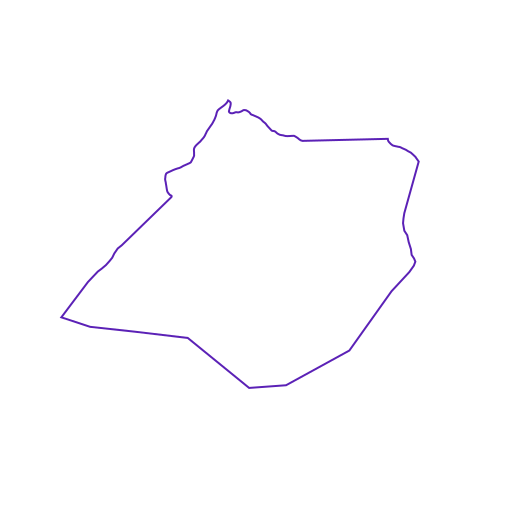 Santa Lucia, Francisco Morazán, Honduras, rotated 227°
{"feature_id": "27666195B58255966540050", "entity_name": "Santa Lucia", "entity_type": "district", "adm_level": 2, "iso_a3": "HND", "parent_name": "Honduras", "parent_adm1": "Francisco Morazán", "projection": "robinson", "projection_center": [-87.068, 14.129], "detail": "fine", "context": "isolated", "style": "outline", "palette": "violet", "viewbox_px": 512, "rotation_deg": 227, "n_neighbors": 0, "source": "geoboundaries", "source_scale": "gbopen_adm2", "svg_char_len": 5696}
<svg xmlns="http://www.w3.org/2000/svg" viewBox="0 0 512 512"><g transform="rotate(227 256 256)"><path d="M388.8,341.7L388.6,341.2L388.4,340.7L388.3,340.1L388.1,339.7L388.1,339.4L388.0,339.1L388.0,338.8L388.0,338.6L387.9,337.4L387.9,335.5L388.0,335.1L388.0,334.5L388.1,333.7L388.3,332.1L388.4,331.2L388.5,330.1L388.6,329.6L388.6,328.7L388.6,328.2L388.6,327.9L388.6,327.7L388.6,327.4L388.5,327.2L388.4,326.9L388.4,326.7L388.3,326.4L387.9,325.6L387.8,325.4L387.5,324.8L387.2,324.4L386.9,323.9L386.6,323.5L386.3,323.0L386.1,322.7L385.9,322.4L385.8,322.2L385.6,321.8L385.3,321.2L385.1,320.7L384.8,320.2L384.4,319.2L384.2,318.8L383.8,317.8L383.7,317.3L383.5,316.8L383.0,315.4L382.6,314.0L382.4,313.4L382.4,313.0L380.8,305.6L380.7,305.1L380.6,304.9L380.5,304.7L380.4,304.4L380.2,304.0L379.9,303.3L379.8,302.9L379.6,302.4L379.1,301.2L378.7,300.1L378.7,299.9L378.6,299.5L378.5,299.3L378.4,298.8L378.2,297.4L378.1,296.2L378.0,295.2L377.8,293.8L377.8,293.2L377.7,292.8L377.8,292.5L377.8,291.4L377.8,290.9L377.8,290.3L377.8,289.4L377.8,288.5L377.8,288.0L377.7,287.4L377.7,286.8L377.6,286.4L377.5,286.0L377.4,285.6L377.4,285.4L377.3,285.1L377.2,284.8L377.0,284.5L376.9,284.2L376.6,283.7L376.4,283.5L376.2,283.2L375.6,282.7L375.2,282.3L374.3,281.6L373.7,281.1L373.0,280.4L372.2,279.7L371.9,279.5L371.7,279.2L371.4,278.8L371.0,278.0L370.7,277.1L370.3,276.1L370.1,275.5L369.7,274.4L369.5,273.8L369.3,273.2L369.1,272.6L369.0,272.3L369.0,272.1L369.0,271.9L369.1,271.3L369.2,271.1L369.3,270.8L369.5,269.9L369.8,269.2L370.1,268.2L370.5,267.1L371.1,265.3L371.4,264.6L371.5,264.1L371.7,263.3L371.8,262.8L372.0,262.2L372.0,261.8L372.2,261.3L372.3,261.0L372.4,260.7L372.6,260.1L372.9,259.5L373.4,258.6L373.7,258.0L373.9,257.5L374.5,256.2L375.0,254.9L375.3,254.2L376.1,251.7L377.0,249.0L377.2,248.5L377.3,248.1L377.4,247.7L377.5,247.2L377.5,246.9L377.5,246.7L377.4,246.3L377.4,246.2L377.1,245.7L377.0,245.4L376.8,245.1L376.6,244.8L376.3,244.4L376.0,244.0L375.3,243.3L375.0,242.9L374.7,242.5L374.2,242.0L373.9,241.7L373.6,241.5L373.3,241.3L372.5,240.8L371.4,240.2L370.9,239.8L368.3,238.1L367.3,237.4L365.8,236.4L365.5,236.2L364.8,235.8L364.4,235.5L364.0,235.3L363.7,235.2L363.2,235.0L362.8,234.9L362.2,234.8L361.6,234.8L361.3,234.7L360.9,234.7L360.3,234.7L359.6,234.7L359.4,234.7L359.1,234.8L358.8,234.9L358.6,235.0L358.4,235.1L358.2,235.1L357.9,235.2L357.6,235.2L357.4,235.2L357.2,235.0L357.1,234.9L357.0,234.7L356.9,234.6L356.8,234.3L355.4,165.2L355.8,160.0L354.5,154.1L352.8,149.7L352.2,145.6L351.7,140.0L352.0,134.3L352.5,129.7L351.6,115.4L343.9,71.8L317.3,86.4L283.7,115.4L242.6,150.2L164.2,161.0L141.0,189.8L123.2,259.8L137.8,331.1L139.7,357.2L141.3,364.9L143.2,368.7L146.4,369.9L150.7,370.6L155.4,374.0L162.1,377.2L168.1,380.8L173.3,381.7L179.7,385.9L182.9,389.5L186.2,393.7L214.1,439.4L219.3,440.1L219.5,440.2L219.9,440.2L221.5,440.1L223.1,440.0L224.2,439.9L225.2,439.8L225.6,439.8L226.1,439.7L227.5,439.2L228.1,439.0L228.9,438.7L229.7,438.5L230.9,438.2L231.6,438.0L232.0,437.8L232.3,437.7L233.2,437.3L233.7,437.1L234.2,436.9L234.5,436.7L235.3,436.4L236.5,436.0L236.7,435.9L237.0,435.8L237.2,435.7L237.4,435.6L237.8,435.4L238.9,434.5L239.5,434.1L240.1,433.7L241.2,432.9L242.3,432.2L242.7,431.9L243.3,431.6L243.5,431.5L243.7,431.4L244.0,431.3L244.9,431.2L245.3,431.1L246.1,431.0L246.9,431.0L247.5,431.0L247.9,431.0L248.9,431.0L249.5,431.1L249.9,431.2L250.2,431.3L250.4,431.4L250.9,431.7L251.1,431.8L251.5,432.1L251.8,432.3L308.6,368.4L308.9,368.3L309.3,368.1L309.5,367.9L309.9,367.7L310.5,367.5L310.9,367.4L311.3,367.3L312.5,367.1L313.1,367.1L313.5,367.0L314.6,366.8L316.1,366.4L316.8,366.2L317.6,365.9L317.9,365.8L318.0,365.7L318.3,365.4L319.1,364.5L319.6,363.9L320.9,362.3L321.5,361.6L322.0,361.0L322.5,360.5L322.6,360.4L322.8,360.2L323.0,360.0L323.4,359.6L323.7,359.4L324.9,358.6L325.8,358.1L326.6,357.4L327.7,356.6L328.0,356.4L328.4,356.1L328.6,356.0L328.9,355.9L329.8,355.6L330.3,355.4L331.1,355.2L331.6,355.1L331.9,355.1L332.2,355.1L332.8,355.0L333.4,355.0L333.9,354.9L334.0,354.9L334.4,354.7L334.8,354.6L335.0,354.4L335.4,354.1L335.5,354.0L335.7,353.9L335.9,353.7L336.0,353.6L336.2,353.4L336.5,353.2L336.9,353.1L337.1,353.0L337.4,353.0L338.9,353.0L340.7,353.0L342.8,353.0L343.4,353.0L343.7,353.1L344.1,353.1L345.3,353.2L345.8,353.3L346.5,353.3L346.9,353.3L347.2,353.2L347.7,353.2L348.3,353.1L348.7,353.0L349.5,352.9L349.9,352.9L350.7,352.9L351.8,352.9L352.4,352.9L353.1,352.8L353.7,352.7L354.1,352.6L354.5,352.5L355.2,352.3L355.9,352.1L356.8,351.7L357.8,351.3L359.6,350.5L360.8,350.0L362.0,349.4L362.3,349.2L362.7,349.1L362.9,349.0L363.1,349.0L363.3,348.9L363.5,349.0L364.0,349.0L364.6,349.1L364.9,349.1L365.3,349.1L365.5,349.1L365.9,349.1L366.7,348.9L367.2,348.8L367.7,348.7L368.5,348.4L369.0,348.3L369.2,348.1L369.5,348.0L369.8,347.8L370.0,347.6L370.5,347.2L371.0,346.7L371.1,346.4L371.2,346.2L371.3,346.0L371.4,345.7L371.5,345.3L371.5,344.9L371.6,344.6L371.7,344.2L371.8,343.8L372.0,343.3L372.2,342.8L372.3,342.5L372.5,342.1L372.7,341.7L372.8,341.4L373.0,341.2L373.3,340.8L373.5,340.6L373.7,340.4L374.0,340.2L374.4,339.9L374.6,339.7L374.9,339.3L375.1,339.0L375.1,338.9L375.3,338.6L375.4,338.4L375.5,338.0L375.6,337.7L375.8,337.4L375.8,337.2L376.0,336.9L376.1,336.7L376.4,336.2L376.6,336.0L376.9,335.6L377.2,335.4L377.4,335.2L377.5,335.1L377.9,334.8L378.0,334.8L378.3,334.7L378.5,334.6L378.9,334.5L379.1,334.5L379.3,334.5L379.6,334.6L379.8,334.6L380.1,334.8L380.3,334.9L380.4,335.0L380.5,335.2L380.9,335.8L381.3,336.4L381.7,337.0L382.0,337.6L383.0,339.3L383.2,339.6L383.5,340.0L384.0,340.6L384.1,340.8L384.3,341.0L384.5,341.2L384.8,341.5L385.0,341.7L385.2,341.8L385.5,342.0L385.9,342.1L386.0,342.1L386.6,342.1L387.9,341.9L388.5,341.8L388.8,341.7Z" fill="none" stroke="#5b21b6" stroke-width="2"/></g></svg>